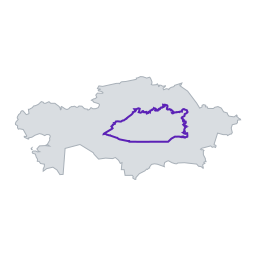 Qaraghandy on a map of Kazakhstan (Robinson projection)
{"feature_id": "KAZ-3203", "entity_name": "Qaraghandy", "entity_type": "Region", "adm_level": 1, "iso_a3": "KAZ", "parent_name": "Kazakhstan", "parent_adm1": "", "projection": "robinson", "projection_center": [73.067, 48.605], "detail": "fine", "context": "in_parent", "style": "outline", "palette": "violet", "viewbox_px": 256, "rotation_deg": 0, "n_neighbors": 0, "source": "natural_earth", "source_scale": "10m", "svg_char_len": 7364}
<svg xmlns="http://www.w3.org/2000/svg" viewBox="0 0 256 256"><path d="M149.7,167.9L148.4,168.4L147.6,169.4L146.7,169.1L144.8,170.9L139.3,173.7L135.9,177.6L135.8,179.4L134.9,179.4L132.8,178.0L133.2,176.5L132.2,175.3L125.1,175.4L124.1,169.6L121.3,169.6L122.0,162.6L120.3,163.4L118.6,160.3L115.3,157.5L112.7,158.6L105.6,158.1L98.6,159.1L94.1,154.3L93.3,152.7L80.0,144.5L65.1,148.4L63.1,174.4L59.9,174.6L56.9,169.9L52.9,167.2L46.7,168.6L43.2,171.2L43.2,168.9L44.3,166.6L44.4,164.2L40.5,163.5L39.1,161.4L37.3,161.3L37.5,159.1L36.3,157.2L35.3,154.1L32.6,153.2L32.2,152.2L32.6,151.3L33.2,151.0L35.8,151.0L37.5,151.9L39.6,151.7L38.4,151.1L36.9,148.9L39.5,145.9L45.2,145.6L49.6,146.1L47.3,144.4L49.8,140.1L49.6,138.1L50.3,136.7L49.9,135.4L49.1,134.7L46.7,134.5L44.7,135.6L41.9,134.2L39.5,133.6L35.1,135.2L31.9,137.2L28.8,137.8L28.8,138.5L28.4,138.3L27.9,138.7L28.0,139.0L24.7,137.4L24.2,136.9L24.3,136.3L26.3,136.5L26.8,136.0L23.2,129.5L19.5,128.8L18.4,129.2L17.5,127.8L17.6,125.8L15.5,124.5L15.4,123.4L16.1,121.8L18.2,119.4L17.2,117.9L17.4,116.9L18.7,114.5L20.2,113.4L20.9,111.6L22.0,110.7L23.1,110.9L26.1,114.4L26.6,114.6L28.4,113.9L29.0,113.4L28.4,109.3L29.4,109.3L32.4,107.6L33.6,106.0L35.4,105.7L38.3,104.4L41.3,101.6L43.2,102.2L44.0,103.3L45.5,103.3L49.0,101.7L50.7,103.3L54.9,103.3L58.9,106.3L60.2,108.1L60.3,109.5L60.7,109.8L61.3,108.9L61.0,107.0L61.6,106.5L65.2,108.9L67.0,109.5L69.0,108.6L69.6,107.7L71.7,106.5L72.3,106.7L74.5,106.2L76.7,107.4L77.9,107.1L79.0,106.0L81.9,106.2L84.5,108.7L87.6,109.2L87.9,110.1L89.5,109.5L91.0,107.6L92.9,108.8L95.7,108.7L98.3,107.6L99.5,105.0L99.4,104.4L98.4,103.6L93.6,102.1L93.3,101.3L91.4,100.2L93.7,98.9L95.0,98.7L96.8,97.4L95.8,95.1L97.4,93.1L102.4,93.3L103.0,92.9L102.7,92.2L100.9,91.3L98.4,90.9L98.2,90.6L98.7,89.9L100.3,89.3L100.0,88.9L98.8,89.1L97.4,88.6L98.9,85.9L102.6,86.4L116.3,83.4L118.7,83.3L119.6,83.7L120.4,82.5L121.7,81.8L125.7,81.5L136.0,79.4L136.5,78.9L136.3,78.1L138.0,77.8L140.4,76.6L143.1,76.8L146.7,78.1L149.7,77.2L150.6,78.4L152.0,82.0L151.8,83.6L151.2,84.3L151.4,84.6L152.7,85.0L156.3,84.7L157.3,83.8L158.3,85.2L158.6,86.5L159.4,86.1L159.3,85.4L159.6,85.1L161.1,85.3L162.8,86.3L165.4,85.8L165.2,86.5L163.2,88.1L163.1,88.8L163.7,89.8L166.2,88.7L168.0,89.0L168.8,89.6L169.3,88.5L171.3,87.3L173.4,86.8L174.2,86.3L174.5,85.4L181.9,83.0L181.0,85.1L179.8,85.0L180.1,85.9L187.6,91.1L196.7,103.2L199.7,108.1L202.0,107.0L202.1,105.3L203.6,104.6L205.8,105.3L205.5,106.8L207.3,106.9L207.8,108.4L213.4,108.5L214.8,107.3L218.0,106.6L221.3,108.1L223.6,111.8L227.3,113.0L227.5,114.2L228.9,116.1L234.1,116.9L236.7,115.0L237.1,115.6L236.6,116.5L237.6,117.0L238.8,118.4L240.1,118.9L240.6,119.8L237.8,120.1L237.4,120.9L237.5,122.5L236.6,123.7L232.3,124.7L231.2,128.0L232.3,132.6L231.4,134.0L230.0,134.2L227.6,135.6L226.9,134.6L223.2,134.6L217.6,133.1L214.1,144.2L214.2,144.7L215.9,145.4L216.0,146.3L215.5,147.5L214.0,146.8L212.2,147.3L210.7,145.9L201.6,148.3L200.5,149.2L201.3,149.8L202.7,149.7L204.0,150.4L203.3,151.5L203.4,154.8L205.3,158.5L205.4,160.3L206.1,161.4L205.9,161.8L205.2,161.6L203.9,162.2L203.9,162.7L204.8,163.4L202.9,164.4L202.7,165.2L203.3,167.9L203.1,168.3L201.3,166.7L198.5,166.2L196.7,164.1L184.4,162.7L177.8,163.0L176.7,163.8L175.1,163.7L172.0,162.7L168.5,160.8L167.0,161.2L164.7,162.5L164.0,165.4L164.4,166.7L157.4,164.2L154.4,163.8L151.5,164.4L149.4,167.2L149.7,167.9ZM32.1,149.4L31.6,149.6L31.1,148.8L31.4,148.1L31.9,147.8L31.4,148.7L32.1,149.4ZM46.7,145.5L46.2,145.4L46.0,145.1L46.6,144.8L46.7,145.5Z" fill="#d9dde1" stroke="#a8b0b8" stroke-width="1"/><path d="M120.2,121.6L121.4,121.4L121.9,120.9L122.7,120.5L123.8,120.4L125.7,119.0L126.4,118.8L126.7,118.1L127.3,117.9L127.8,117.3L131.5,114.6L132.8,113.2L132.9,112.9L132.8,112.7L132.8,112.4L132.8,112.2L133.1,112.0L134.8,111.6L135.3,111.2L135.7,110.6L135.2,110.3L134.9,110.1L134.6,109.5L134.4,109.2L136.3,109.2L137.4,108.7L137.9,108.5L138.5,108.3L139.7,108.7L139.6,109.4L139.5,109.8L139.4,110.1L139.3,110.7L139.0,111.5L138.7,112.2L140.5,112.7L141.1,112.5L141.4,112.3L141.4,111.9L141.5,112.1L141.8,112.1L142.1,111.6L142.4,111.2L142.8,111.1L142.9,111.4L143.3,111.3L143.6,111.7L143.8,111.8L143.8,112.2L144.2,112.3L144.7,112.2L146.1,111.9L146.5,111.9L146.6,112.2L146.9,112.4L146.5,113.0L146.7,113.5L148.5,112.9L148.8,111.8L149.6,111.6L149.8,111.8L150.0,112.0L150.1,111.3L150.3,110.6L150.6,110.5L150.9,110.5L151.4,110.2L151.7,110.1L151.6,109.9L151.8,109.7L152.4,109.6L152.6,109.5L152.9,109.3L153.5,108.6L154.1,108.4L154.1,108.2L154.3,108.3L154.5,108.4L154.8,108.4L154.9,108.5L155.2,108.5L155.8,109.0L155.5,109.4L155.6,109.5L155.6,109.9L155.5,110.3L155.3,110.5L155.5,110.6L156.1,110.5L157.6,110.6L157.7,109.9L158.0,109.8L158.2,109.6L158.8,109.8L159.1,109.6L158.9,109.5L158.9,109.2L159.1,109.1L159.1,108.8L159.4,108.7L159.7,108.5L159.9,108.5L160.3,108.4L160.6,108.1L160.6,107.9L161.0,107.5L162.0,107.7L162.4,107.4L162.9,107.2L162.8,106.9L163.1,106.8L164.1,106.6L164.6,106.2L164.9,105.9L164.6,105.8L164.1,105.6L163.8,105.9L163.5,106.0L163.6,105.9L163.4,105.6L163.1,105.2L163.1,104.8L163.4,104.9L164.4,104.7L165.4,104.8L167.2,105.4L167.3,105.7L167.5,106.0L167.5,106.3L167.4,106.7L167.2,108.0L166.9,108.1L167.0,108.6L166.9,109.0L167.5,109.5L168.8,109.4L169.2,109.3L169.5,109.1L170.0,109.3L170.6,109.5L170.6,110.1L170.9,110.4L171.4,110.0L172.0,110.5L172.5,110.8L172.7,111.1L172.9,111.6L173.4,111.9L172.8,112.2L172.3,112.5L172.2,112.6L171.9,112.8L172.3,113.3L172.8,113.4L174.0,112.8L174.6,112.4L176.1,112.4L176.4,112.1L176.9,112.2L179.0,111.9L179.6,112.1L180.0,111.6L180.6,111.5L181.2,111.4L181.9,111.6L182.0,110.8L182.1,110.1L183.3,109.1L184.1,109.1L184.5,109.5L185.6,109.8L186.9,110.3L187.1,110.8L187.1,111.5L187.2,111.9L187.5,112.1L187.2,112.6L186.0,113.5L185.3,113.8L184.9,113.9L184.6,114.2L184.6,114.3L184.6,114.6L184.6,114.8L184.6,115.2L184.5,115.9L183.4,116.6L182.3,117.0L181.6,118.0L181.9,118.5L182.5,118.7L183.1,119.2L183.1,119.5L183.9,120.1L183.5,120.4L183.0,120.6L183.1,121.4L183.5,121.8L184.8,121.7L185.7,121.7L185.8,122.4L185.7,122.8L185.6,123.1L185.1,123.6L184.4,124.0L183.8,124.0L183.7,124.3L183.6,124.6L183.3,124.7L183.5,125.0L183.9,125.2L184.1,125.5L184.6,125.5L185.1,125.7L184.6,125.9L184.7,126.4L185.4,126.7L186.1,126.9L185.3,127.3L185.1,127.9L184.7,128.4L184.2,130.0L184.4,130.2L184.5,130.5L184.8,131.4L183.8,131.7L183.8,131.9L183.7,132.3L183.5,132.6L183.2,132.7L183.5,132.9L184.2,133.5L185.4,133.8L185.7,133.3L187.2,133.2L187.4,135.7L187.3,136.7L186.9,136.9L186.7,136.9L186.2,137.0L185.7,137.1L185.4,137.3L185.3,137.5L184.9,137.6L184.7,137.5L184.8,137.4L184.7,137.4L184.6,137.1L184.3,137.0L184.1,136.9L183.8,136.9L183.7,136.9L183.6,137.0L183.5,136.9L183.2,136.6L183.0,136.8L183.3,137.1L183.5,137.3L183.6,137.5L183.5,137.4L183.2,137.3L182.6,137.1L182.4,136.9L182.5,136.8L182.5,136.7L182.4,136.6L182.2,136.7L181.8,136.7L181.7,136.7L181.5,136.8L181.4,136.8L181.3,137.0L181.2,137.1L180.7,136.8L180.2,136.9L179.3,136.6L177.8,136.6L176.3,136.7L175.0,136.6L171.4,138.6L168.2,141.7L140.0,141.8L129.3,141.7L129.2,141.0L128.6,141.0L127.7,141.0L119.7,139.4L118.5,138.9L117.2,137.8L116.7,137.8L110.1,135.5L110.0,135.3L109.6,135.4L108.9,135.3L107.5,134.8L106.8,134.7L105.3,133.8L103.7,134.1L103.8,133.8L104.8,133.1L112.0,128.8L112.6,128.3L112.4,127.9L111.4,126.4L112.8,125.3L112.8,124.6L114.1,124.1L114.7,123.9L114.5,123.4L114.6,123.0L114.5,122.9L115.2,122.8L115.9,121.5L117.7,121.3L120.2,121.6Z" fill="none" stroke="#5b21b6" stroke-width="2"/></svg>